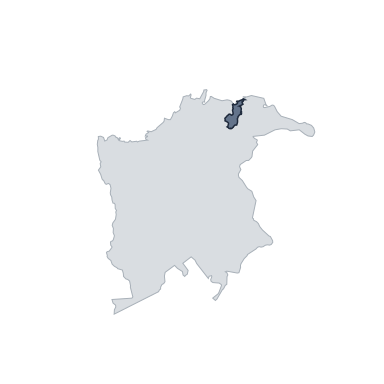 Sucre highlighted on a map of Colombia, rotated 53°
{"feature_id": "COL-1417", "entity_name": "Sucre", "entity_type": "Department", "adm_level": 1, "iso_a3": "COL", "parent_name": "Colombia", "parent_adm1": "", "projection": "albers", "projection_center": [-75.178, 9.212], "detail": "fine", "context": "in_parent", "style": "filled", "palette": "slate", "viewbox_px": 384, "rotation_deg": 53, "n_neighbors": 0, "source": "natural_earth", "source_scale": "10m", "svg_char_len": 5994}
<svg xmlns="http://www.w3.org/2000/svg" viewBox="0 0 384 384"><g transform="rotate(53 192 192)"><path d="M217.1,65.6L213.7,67.1L206.9,68.9L202.3,76.7L199.1,78.0L195.2,82.6L192.3,88.3L190.2,99.9L184.4,109.7L184.9,110.1L187.2,109.7L189.4,108.6L190.2,108.9L191.0,110.6L193.7,111.0L195.8,118.9L199.9,122.9L200.4,124.5L200.9,127.7L199.5,129.7L199.1,137.0L200.4,138.8L203.5,139.5L205.5,144.0L206.8,145.0L208.6,145.7L213.1,144.9L221.1,145.6L223.0,145.5L227.5,143.8L233.2,145.7L237.4,146.0L249.1,159.4L250.2,159.0L251.7,159.7L254.6,158.3L257.1,158.0L260.4,158.7L264.7,158.6L273.4,157.0L274.7,156.2L279.4,156.9L280.9,157.9L281.6,160.4L281.1,162.0L279.5,163.6L278.6,165.6L278.5,168.1L277.6,170.0L276.1,171.2L275.6,172.9L276.0,175.2L275.3,185.4L276.0,186.2L276.6,190.4L278.7,195.9L279.7,197.4L281.5,198.6L284.7,203.1L284.0,204.6L276.2,211.8L275.8,213.4L277.4,212.7L279.8,213.3L280.7,215.0L286.7,219.8L286.6,221.6L288.4,225.3L288.1,226.1L292.5,236.5L292.7,238.6L289.2,239.3L289.0,232.3L288.4,230.9L284.5,224.8L283.6,224.3L281.1,225.1L276.9,229.8L274.9,230.5L273.3,229.9L271.6,227.2L270.6,226.7L269.6,229.0L270.9,231.0L252.0,231.3L248.3,230.6L243.3,231.7L243.4,242.2L252.3,242.3L254.8,245.2L254.7,247.7L255.1,248.6L252.9,249.1L249.8,247.5L244.2,249.6L240.1,250.1L240.0,261.8L242.5,264.6L247.4,267.6L248.1,269.7L247.8,271.7L249.0,274.2L250.6,275.5L250.6,277.0L251.5,278.7L242.7,327.7L239.3,324.8L238.0,322.1L236.4,321.1L233.2,321.9L229.7,320.6L240.6,303.9L240.2,302.4L230.9,298.5L229.9,297.5L225.5,295.4L223.1,296.0L221.7,297.1L218.3,297.5L215.6,295.8L212.4,294.6L208.5,297.5L207.3,297.5L204.6,298.7L201.6,299.2L197.8,298.0L194.7,298.9L192.5,298.7L191.7,297.8L188.9,296.8L188.6,295.7L189.4,293.7L188.2,289.6L187.7,288.9L185.6,288.9L183.1,287.4L182.7,286.6L183.2,284.9L182.7,283.5L180.3,280.3L177.0,279.4L173.8,276.7L170.6,275.8L169.1,273.9L167.7,269.5L164.4,266.1L162.1,264.9L161.3,263.4L158.9,263.2L155.7,260.9L154.3,260.8L153.3,261.8L150.3,260.7L147.7,259.1L145.1,258.7L143.4,257.7L140.3,254.5L136.9,253.0L134.9,253.5L134.3,255.8L133.2,256.3L129.3,255.6L128.6,256.1L127.6,256.0L122.9,254.3L118.2,253.6L117.0,249.7L114.0,248.2L113.2,246.4L111.1,246.5L103.1,242.9L99.8,240.4L97.0,239.0L94.1,236.2L93.6,235.0L91.3,233.4L92.5,231.3L95.2,229.8L98.8,231.0L99.3,228.6L98.0,226.4L98.6,221.5L99.6,220.4L101.6,219.5L102.8,219.9L103.5,219.0L106.5,219.4L107.3,219.1L109.6,217.2L110.5,215.6L111.5,215.8L113.9,213.1L113.6,210.5L115.8,209.9L118.2,205.6L119.2,205.5L119.7,203.4L123.8,196.3L122.3,197.1L120.7,196.6L121.0,194.2L120.5,193.9L119.2,195.7L118.1,193.8L118.4,190.8L116.5,191.3L116.6,190.6L119.3,188.3L120.4,183.0L119.6,181.1L119.1,173.1L118.6,171.6L116.5,169.6L119.9,167.4L121.2,165.7L119.6,162.1L117.6,159.2L117.5,157.4L118.8,157.6L119.3,152.6L118.1,150.7L116.7,150.7L112.2,143.4L110.7,141.8L111.9,138.3L113.3,136.8L113.0,134.1L113.9,134.3L115.8,136.7L116.6,136.4L119.7,134.1L119.8,131.9L122.2,129.7L118.8,122.2L117.7,121.1L119.1,118.7L119.9,118.8L121.2,121.1L123.3,122.7L126.5,126.9L127.8,127.8L126.8,128.7L126.6,129.7L127.1,130.3L128.9,130.4L129.6,129.3L129.1,124.2L128.4,121.7L126.8,119.9L127.3,119.1L130.5,117.9L137.2,113.1L139.5,108.5L141.3,106.9L143.3,105.8L145.7,106.1L147.6,105.5L148.2,104.1L146.9,100.9L148.3,96.6L148.3,94.4L149.2,93.1L148.9,92.6L146.5,94.1L149.0,91.1L150.7,86.5L160.4,78.3L166.7,80.3L168.7,80.1L166.1,81.2L165.7,82.3L166.6,83.6L167.6,83.9L168.4,83.1L170.5,78.3L170.8,75.7L171.7,74.8L173.1,74.5L179.2,75.6L185.1,75.2L194.6,68.3L201.8,65.3L203.5,62.5L204.0,60.4L205.2,59.5L206.6,59.5L207.4,58.4L210.7,56.5L214.2,56.3L218.0,57.8L219.7,60.6L220.0,62.6L217.1,65.6ZM106.6,218.6L106.1,218.9L105.3,218.3L105.0,217.4L105.5,216.8L106.2,217.0L106.6,218.6Z" fill="#d9dde1" stroke="#a8b0b8" stroke-width="1"/><path d="M146.6,106.1L147.0,106.2L147.3,106.0L147.9,105.5L148.3,104.7L148.6,103.7L148.6,102.7L148.4,102.3L148.2,102.0L148.1,101.9L147.9,101.6L147.7,101.6L147.5,101.4L147.3,101.3L147.0,101.4L146.7,101.4L146.6,101.6L146.5,101.4L147.4,100.5L147.6,100.1L147.9,99.2L147.8,98.8L147.9,98.4L148.1,98.0L148.3,97.4L148.4,97.1L148.4,96.8L148.6,95.8L148.7,95.3L148.5,95.0L150.1,94.2L149.3,95.5L149.3,95.9L149.5,96.0L150.0,95.9L150.3,96.4L150.3,96.6L150.4,96.9L150.4,97.1L150.1,97.6L150.2,97.9L150.6,98.1L151.9,98.5L152.1,98.6L152.3,98.4L152.6,98.5L152.5,99.0L152.4,99.5L152.5,99.9L152.4,100.1L152.3,100.7L152.2,101.0L152.2,101.3L152.1,101.5L151.9,102.4L152.2,102.1L152.5,102.3L152.8,102.0L152.9,101.9L153.1,101.8L153.3,101.8L153.6,101.9L154.1,102.3L154.3,102.3L154.5,102.3L155.0,102.4L155.6,102.9L156.0,103.3L156.6,103.9L156.8,104.1L157.3,104.1L157.8,104.2L157.5,105.0L157.9,105.4L158.2,105.4L158.5,105.3L158.7,105.2L158.9,105.2L158.9,105.3L159.0,105.4L159.4,105.7L159.5,105.7L159.6,105.9L159.5,106.0L159.3,106.3L158.9,107.1L159.1,107.4L159.0,107.8L159.1,108.3L159.3,108.7L159.4,109.4L159.4,109.6L159.5,109.9L159.6,110.0L159.9,110.2L160.2,110.5L160.5,111.1L160.8,111.7L161.5,112.1L161.9,112.3L163.5,113.5L164.2,114.3L165.1,115.6L165.3,115.8L165.4,116.0L165.2,116.3L165.0,116.7L164.5,117.1L164.4,117.4L164.7,119.3L164.9,119.8L165.1,120.0L165.0,120.4L165.1,120.9L165.2,121.5L165.2,121.9L165.0,122.6L164.9,122.8L164.6,122.7L164.4,122.7L164.3,122.8L164.3,123.2L164.1,123.6L163.9,123.9L163.5,124.1L163.1,124.3L162.7,124.3L162.2,124.2L162.0,124.3L161.7,124.6L161.1,124.8L161.1,123.8L161.0,123.6L160.8,123.4L160.6,123.2L160.3,122.9L159.8,122.1L159.2,121.6L158.9,121.4L158.6,121.4L158.3,121.4L157.4,121.7L156.7,121.9L155.0,122.8L154.4,122.1L153.8,121.8L153.1,121.5L153.0,121.3L152.9,121.1L152.8,120.8L152.7,120.0L152.7,119.3L152.3,118.2L152.3,117.9L152.3,117.6L152.4,117.2L152.1,116.2L152.2,115.5L152.3,115.4L152.4,115.2L152.6,115.1L152.9,114.8L153.1,114.6L153.3,114.6L153.6,114.5L154.4,114.3L154.5,114.2L154.6,113.4L154.7,113.2L154.4,112.7L154.5,112.2L153.8,111.7L151.0,110.4L150.5,109.7L150.4,109.0L150.1,108.9L149.9,108.8L149.7,108.8L149.7,108.7L149.0,108.5L148.8,108.2L148.5,107.9L147.7,107.5L147.2,107.4L146.6,107.1L146.6,106.1L146.6,106.1Z" fill="#64748b" stroke="#1e293b" stroke-width="1.5"/></g></svg>